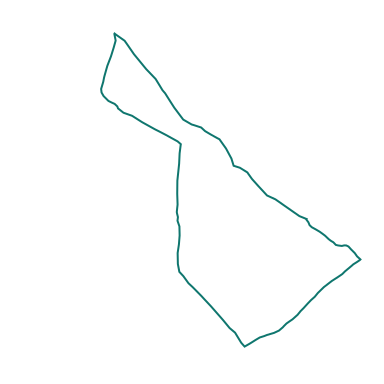 the district of Gwelekpoken, Maryland, Liberia, rotated 315°
{"feature_id": "62588387B88590052314441", "entity_name": "Gwelekpoken", "entity_type": "district", "adm_level": 2, "iso_a3": "LBR", "parent_name": "Liberia", "parent_adm1": "Maryland", "projection": "albers", "projection_center": [-7.93, 4.962], "detail": "fine", "context": "isolated", "style": "outline", "palette": "teal", "viewbox_px": 384, "rotation_deg": 315, "n_neighbors": 0, "source": "geoboundaries", "source_scale": "gbopen_adm2", "svg_char_len": 1924}
<svg xmlns="http://www.w3.org/2000/svg" viewBox="0 0 384 384"><g transform="rotate(315 192 192)"><path d="M146.1,347.3L150.3,349.6L155.5,351.5L160.6,351.9L161.9,351.8L165.8,351.8L169.3,352.4L173.0,353.1L179.9,353.5L181.5,353.3L182.8,353.2L184.4,353.0L188.8,353.0L195.1,352.7L199.6,352.6L204.7,352.9L209.6,352.4L218.0,352.5L228.1,353.8L235.0,355.3L240.2,356.3L244.1,356.3L252.9,357.1L254.9,357.2L259.3,358.2L262.5,358.8L263.4,358.8L263.4,358.0L263.2,354.3L263.9,350.3L263.9,345.1L264.1,341.2L263.3,338.9L261.9,337.4L259.8,336.1L257.5,333.1L256.3,331.1L256.4,327.5L255.9,325.6L255.6,324.2L255.3,321.8L255.2,317.0L254.7,313.5L254.2,310.4L253.1,306.1L251.8,301.6L251.7,298.6L252.9,295.7L253.4,292.2L253.9,292.1L250.9,285.0L247.7,267.0L245.8,256.2L242.6,247.5L243.1,234.6L243.6,225.5L243.8,224.1L244.7,218.8L245.0,217.3L243.0,208.7L240.0,202.9L243.0,197.2L243.5,196.3L246.8,185.3L248.7,174.1L247.9,171.6L245.9,164.5L244.3,158.2L244.1,152.9L240.7,146.2L239.5,144.0L237.0,134.6L237.1,133.8L239.1,119.8L240.9,111.6L242.8,103.2L243.1,99.2L245.0,91.4L246.2,86.3L246.5,72.7L248.4,53.5L250.3,43.2L251.3,37.4L249.5,26.9L249.3,25.2L248.9,25.3L247.4,27.5L245.8,29.9L245.0,31.0L238.6,34.6L230.6,38.8L221.4,42.9L218.5,44.5L212.1,48.1L210.6,49.0L207.2,51.3L200.6,54.9L198.4,57.7L197.3,61.7L197.3,68.5L198.5,72.1L199.6,75.0L199.7,78.7L198.8,80.6L199.6,87.5L203.5,95.7L206.1,107.4L210.2,121.7L211.6,125.9L213.9,133.2L217.6,146.0L217.8,148.7L217.9,150.3L216.9,151.0L210.6,155.9L202.9,162.9L189.7,173.6L180.3,182.8L172.9,190.7L169.3,193.6L167.1,195.4L166.3,196.5L164.3,199.8L161.4,202.1L158.8,207.4L152.5,214.0L145.7,219.8L138.7,225.0L131.1,232.9L126.6,239.5L126.4,245.3L125.0,254.0L125.2,259.6L125.1,272.4L124.9,276.8L124.6,286.2L123.4,304.5L122.4,314.8L123.0,321.9L120.2,333.4L119.9,338.5L125.4,340.0L128.8,340.8L132.4,341.6L137.1,342.8L141.1,344.9L144.1,346.2L145.6,347.1L146.1,347.3Z" fill="none" stroke="#0f766e" stroke-width="2"/></g></svg>